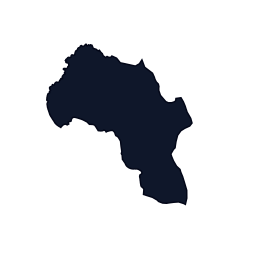 Manakhah, Sana'a, Yemen (orthographic projection), rotated 330°
{"feature_id": "15242507B46989260913803", "entity_name": "Manakhah", "entity_type": "district", "adm_level": 2, "iso_a3": "YEM", "parent_name": "Yemen", "parent_adm1": "Sana'a", "projection": "orthographic", "projection_center": [43.649, 15.071], "detail": "fine", "context": "isolated", "style": "filled", "palette": "ink", "viewbox_px": 256, "rotation_deg": 330, "n_neighbors": 0, "source": "geoboundaries", "source_scale": "gbopen_adm2", "svg_char_len": 5450}
<svg xmlns="http://www.w3.org/2000/svg" viewBox="0 0 256 256"><g transform="rotate(330 128 128)"><path d="M108.2,193.3L114.6,200.3L117.4,205.2L117.7,206.8L119.1,208.6L120.5,210.3L123.7,212.4L127.5,213.9L130.8,215.3L134.9,217.3L138.5,221.2L139.5,222.8L143.8,218.2L147.7,211.3L149.6,203.4L151.0,197.3L151.0,197.2L151.6,192.6L152.3,189.9L150.9,185.3L150.9,182.5L150.9,179.3L151.5,174.6L152.1,171.9L156.8,169.2L158.8,168.7L162.7,163.8L167.3,159.1L172.4,156.8L177.0,156.6L180.2,156.9L182.5,157.1L183.2,156.8L185.9,155.7L187.1,151.0L187.1,143.7L187.6,141.5L187.7,140.8L188.4,137.7L188.8,134.6L189.0,133.0L189.0,128.3L184.3,126.4L183.1,128.0L181.7,128.6L178.6,128.0L175.6,126.4L173.9,124.1L172.5,116.6L172.4,115.8L173.4,110.8L173.5,110.7L174.5,108.9L175.5,107.5L176.2,105.1L175.5,102.2L175.7,99.0L175.8,98.7L176.2,97.0L176.2,96.8L176.6,92.8L173.3,84.9L172.8,83.7L174.1,76.0L170.0,78.1L165.4,78.1L164.6,77.4L156.5,70.0L153.9,67.7L153.0,61.8L150.0,57.6L148.2,58.2L146.6,57.1L145.6,55.6L143.9,55.9L142.6,53.0L142.9,50.8L142.3,48.8L142.1,46.4L141.2,46.5L140.2,45.3L139.9,44.1L137.7,41.6L138.1,38.9L138.1,38.2L137.9,38.1L137.5,38.1L137.5,37.9L137.5,37.7L137.4,37.5L137.3,37.3L137.2,37.2L136.9,37.2L136.7,37.3L136.4,37.5L135.9,37.3L135.9,36.8L135.6,36.5L135.3,36.2L134.9,36.3L134.4,36.4L134.0,36.5L133.8,36.4L133.5,36.3L133.5,36.2L133.4,35.9L133.3,35.4L133.3,35.1L133.5,35.0L133.7,34.7L133.4,34.4L132.9,34.5L132.5,34.6L132.0,34.7L131.5,34.8L131.1,35.0L130.7,35.1L130.1,35.0L129.7,34.9L129.3,34.7L129.2,34.2L129.2,33.8L129.0,33.4L128.6,33.2L128.2,33.2L127.7,33.3L127.3,33.6L127.0,33.8L126.5,34.0L126.1,34.0L125.6,33.9L125.2,33.8L124.7,33.9L124.2,34.1L123.8,34.6L123.4,34.8L123.0,34.9L122.5,35.2L122.1,35.3L121.6,35.2L121.2,35.2L120.8,35.5L120.5,35.8L120.2,36.1L119.9,36.3L119.5,36.7L119.2,37.1L118.9,37.4L118.6,37.8L118.2,38.0L117.8,38.0L117.4,37.9L117.1,37.6L116.8,37.2L116.4,36.9L116.0,36.7L115.6,36.6L115.2,36.8L114.8,37.1L114.5,37.5L114.2,37.8L113.9,38.1L113.5,38.2L113.1,38.1L112.4,37.5L112.0,37.2L111.7,37.0L111.3,37.0L110.9,37.0L110.2,37.3L109.5,37.5L108.9,37.6L108.5,37.6L108.2,37.9L107.9,38.1L107.7,38.2L107.5,38.3L107.7,38.7L108.0,39.1L108.0,39.5L107.6,39.7L107.4,39.7L107.2,39.7L107.1,40.2L107.3,40.6L107.7,40.9L108.0,41.2L108.3,41.5L108.6,41.9L108.7,42.3L108.6,42.7L108.6,42.8L108.5,43.2L108.3,43.6L108.0,43.9L107.9,44.3L107.9,44.7L107.4,44.9L107.0,44.8L106.6,44.8L106.3,45.1L106.0,45.3L105.7,45.6L105.3,45.8L104.8,45.9L104.7,45.9L104.4,45.9L104.1,45.6L103.8,45.4L103.4,45.1L103.1,44.9L102.7,44.6L102.3,44.4L101.9,44.4L101.5,44.6L101.4,45.0L101.6,45.4L101.9,45.7L102.1,46.1L102.4,46.5L102.3,46.9L101.9,47.3L101.9,47.7L101.6,48.0L101.3,48.2L100.8,48.2L100.5,48.6L100.7,48.9L100.7,49.3L100.5,49.7L100.1,49.9L99.7,49.8L99.3,49.7L99.0,49.7L98.8,49.7L98.1,50.0L97.7,50.2L97.2,50.3L96.9,50.6L96.6,51.0L96.5,51.9L96.2,52.3L95.9,52.6L95.5,52.4L95.3,52.1L95.1,51.7L94.6,51.7L94.3,51.9L93.9,52.2L93.5,52.5L93.1,52.5L92.7,52.6L92.0,53.2L91.6,53.5L91.2,53.6L90.7,53.7L90.3,53.6L90.0,53.4L89.7,53.1L89.4,52.7L89.0,52.5L88.6,52.4L88.2,52.5L87.7,52.5L87.3,52.7L87.0,52.9L86.6,53.1L86.3,53.4L85.8,53.8L85.3,53.8L84.9,53.6L84.7,53.2L84.6,52.8L84.2,52.7L83.9,53.0L83.6,53.4L83.2,53.5L82.8,53.6L82.4,53.6L82.0,53.6L81.5,53.5L81.1,53.5L80.6,53.6L80.3,53.8L80.2,54.1L80.1,54.7L79.7,54.9L79.7,55.4L79.9,55.7L79.9,56.2L79.8,56.6L79.4,56.7L78.5,57.1L78.1,57.3L78.0,57.7L77.9,58.1L77.6,58.4L77.2,58.5L76.8,58.4L76.4,58.2L76.0,58.3L75.6,58.6L75.3,58.8L75.0,59.1L74.6,59.4L74.3,59.8L74.0,60.1L73.4,60.8L73.1,61.1L72.8,61.5L72.5,62.0L72.3,62.3L72.0,62.7L71.7,63.1L71.6,63.5L71.7,63.9L71.9,64.3L72.1,64.7L72.1,65.1L71.8,65.4L71.4,65.6L71.0,65.8L70.8,65.9L70.6,66.0L70.3,66.3L70.0,66.7L69.8,67.1L69.7,67.2L69.6,67.6L69.4,68.1L69.2,68.5L69.0,69.0L68.9,69.5L68.6,70.0L68.5,70.4L68.5,70.9L68.3,71.4L68.2,71.9L68.1,72.0L68.1,72.4L68.0,72.9L67.9,73.3L67.8,73.8L67.7,74.3L67.6,74.8L67.5,75.3L67.4,75.7L67.3,76.2L67.2,76.6L67.1,77.0L67.1,77.5L67.0,78.0L67.0,78.5L67.0,79.0L67.0,79.4L67.0,79.9L67.1,80.3L67.1,80.8L67.1,81.3L67.1,81.7L67.1,82.2L67.1,82.6L67.2,83.1L67.2,83.5L67.2,83.9L67.2,84.3L67.3,84.8L67.3,85.2L67.3,86.6L67.3,87.1L67.4,87.6L67.5,88.0L67.6,88.4L67.7,88.8L67.8,89.3L68.0,89.7L68.2,90.2L68.4,90.6L68.5,90.9L68.6,91.1L68.8,91.5L69.0,91.9L69.1,92.1L69.2,92.3L69.4,92.6L69.7,93.1L69.8,93.3L69.9,93.5L70.1,93.9L70.9,93.5L72.1,93.2L73.8,92.8L75.8,93.3L76.9,94.9L78.0,94.9L78.7,94.9L79.0,93.1L80.0,93.1L82.0,93.6L83.6,92.0L85.2,91.2L87.2,92.0L89.3,94.0L92.2,97.2L93.2,98.5L95.6,102.3L95.9,103.5L96.4,105.5L98.7,106.9L98.9,107.1L99.3,107.3L100.6,108.8L100.8,111.4L100.9,115.4L103.0,116.9L104.8,117.7L106.1,117.7L107.1,119.0L107.1,120.5L108.2,120.5L110.8,121.2L111.3,121.3L113.4,122.3L114.1,123.9L114.2,125.2L114.2,125.5L113.8,127.3L113.7,128.1L113.7,128.6L114.4,129.6L115.0,131.2L115.0,133.3L115.0,135.6L114.3,137.2L112.9,140.3L111.8,143.1L110.9,145.3L109.4,146.9L109.4,148.5L107.5,152.5L107.6,152.8L107.8,155.5L107.9,156.4L107.9,157.6L107.7,158.6L107.8,159.7L107.8,160.1L108.1,161.1L108.8,162.7L109.5,163.7L110.0,164.3L110.8,165.1L111.7,165.8L112.3,166.2L113.1,166.5L114.0,167.2L115.0,167.7L115.3,167.8L116.0,168.6L116.6,169.3L117.5,171.0L118.0,172.4L117.9,173.2L117.2,174.3L116.6,174.7L116.3,174.6L115.2,174.5L114.3,175.2L113.7,176.1L113.4,177.1L113.0,178.2L112.5,179.2L112.1,180.2L111.7,181.2L111.6,181.3L111.2,182.3L110.8,183.4L110.6,183.9L110.4,184.4L110.3,185.5L110.8,186.6L111.1,187.7L111.2,188.9L108.2,193.3Z" fill="#0f172a" stroke="#020617" stroke-width="1.5"/></g></svg>